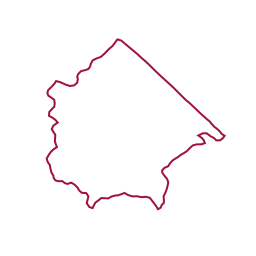 outline of Volta Grande, Minas Gerais, Brazil, rotated 249°
{"feature_id": "56859067B41040973074583", "entity_name": "Volta Grande", "entity_type": "district", "adm_level": 2, "iso_a3": "BRA", "parent_name": "Brazil", "parent_adm1": "Minas Gerais", "projection": "robinson", "projection_center": [-42.568, -21.764], "detail": "fine", "context": "isolated", "style": "outline", "palette": "rose", "viewbox_px": 256, "rotation_deg": 249, "n_neighbors": 0, "source": "geoboundaries", "source_scale": "gbopen_adm2", "svg_char_len": 1905}
<svg xmlns="http://www.w3.org/2000/svg" viewBox="0 0 256 256"><g transform="rotate(249 128 128)"><path d="M86.1,215.4L88.8,213.4L92.1,212.4L94.8,211.1L97.9,209.2L101.6,207.6L104.6,206.7L107.8,204.9L111.3,203.1L115.8,200.8L119.8,198.9L127.0,195.5L129.9,194.1L133.2,192.1L139.0,189.5L145.3,186.7L150.4,184.4L159.2,180.0L164.1,177.5L171.0,174.2L179.7,170.3L183.8,168.3L187.6,166.2L193.0,163.6L212.1,153.0L214.5,149.9L212.0,145.9L210.1,143.0L209.0,139.7L207.7,136.6L206.0,133.1L204.1,128.1L204.2,123.3L203.8,119.3L201.4,116.5L198.7,114.4L197.2,111.9L197.4,108.6L197.9,104.5L196.3,101.0L194.3,99.0L191.6,98.7L188.5,96.8L187.1,93.0L188.0,88.9L190.6,85.6L192.9,83.3L195.2,81.0L197.6,77.7L195.6,75.0L193.7,71.1L191.9,66.9L189.6,65.3L186.7,65.2L184.0,67.2L180.7,69.2L177.5,68.5L174.3,66.8L173.1,64.1L171.2,60.3L167.7,58.6L164.8,61.1L161.5,63.2L158.3,64.3L156.8,58.9L154.2,56.4L150.9,57.0L147.8,57.7L145.0,56.5L142.0,55.0L138.6,54.8L135.6,54.8L134.8,50.9L133.3,47.3L131.2,44.3L128.6,41.1L124.9,40.9L121.4,41.7L118.1,41.1L113.8,40.6L110.3,41.2L107.7,40.7L105.0,41.6L103.3,43.9L102.0,47.6L99.1,49.3L97.4,51.7L97.4,55.2L94.8,57.5L90.7,59.5L87.3,60.0L84.1,61.6L82.2,65.7L78.4,66.5L76.1,65.0L72.6,62.5L68.1,63.6L65.9,66.2L68.1,68.5L70.0,70.7L71.0,74.4L72.2,77.9L70.7,81.3L69.3,84.4L69.9,87.6L69.6,91.7L68.7,94.6L68.6,97.9L68.6,101.5L65.4,104.0L62.4,107.9L61.1,111.9L58.5,115.9L57.5,119.8L55.1,123.3L50.9,124.6L47.4,125.6L44.8,126.4L41.5,126.8L41.9,130.0L44.0,131.8L45.2,134.6L47.6,135.6L51.4,136.7L55.0,140.5L57.8,142.8L60.4,144.6L62.8,146.1L66.2,146.3L69.7,145.1L73.7,144.0L76.3,144.7L77.7,147.7L77.9,151.8L80.1,154.8L81.7,157.9L82.4,160.9L83.0,164.4L84.0,167.5L84.5,170.7L85.2,174.5L87.1,178.5L88.5,182.3L88.1,186.4L86.5,190.5L86.3,194.3L89.0,194.4L92.0,193.5L95.8,191.0L96.2,195.9L94.8,199.6L90.9,202.0L87.8,204.7L84.8,206.0L83.5,209.7L84.5,212.9L86.1,215.4Z" fill="none" stroke="#9f1239" stroke-width="2"/></g></svg>